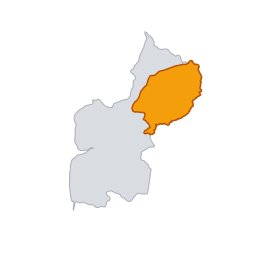 where Upper Takutu-Upper Essequibo sits in Guyana, rotated 230°
{"feature_id": "GUY-674", "entity_name": "Upper Takutu-Upper Essequibo", "entity_type": "Region", "adm_level": 1, "iso_a3": "GUY", "parent_name": "Guyana", "parent_adm1": "", "projection": "albers", "projection_center": [-59.289, 2.847], "detail": "fine", "context": "in_parent", "style": "filled", "palette": "amber", "viewbox_px": 256, "rotation_deg": 230, "n_neighbors": 0, "source": "natural_earth", "source_scale": "10m", "svg_char_len": 7526}
<svg xmlns="http://www.w3.org/2000/svg" viewBox="0 0 256 256"><g transform="rotate(230 128 128)"><path d="M81.7,119.3L76.3,113.3L70.9,107.2L65.5,101.2L65.2,100.4L67.4,97.6L69.4,95.5L71.1,94.4L71.9,93.3L71.3,89.0L71.3,87.4L70.6,85.7L70.0,83.8L70.7,82.2L71.5,81.1L72.5,80.6L75.0,80.2L76.8,80.1L77.4,79.4L78.4,78.7L79.8,78.7L82.4,79.2L83.6,78.2L85.8,76.9L90.7,74.7L91.7,73.2L92.5,70.9L92.4,69.8L91.9,69.4L90.7,69.0L88.9,69.0L87.4,69.6L85.9,69.3L84.6,67.9L84.5,66.7L85.3,65.0L84.8,64.0L82.4,60.5L82.4,59.5L84.2,58.0L85.2,56.7L86.6,53.5L87.6,52.5L91.0,52.1L91.9,51.4L93.6,49.7L96.2,47.8L99.9,46.3L101.0,43.6L101.6,42.8L104.6,41.3L105.1,40.6L105.0,39.9L100.3,33.7L101.3,34.1L104.9,38.1L107.0,39.0L107.4,39.0L107.4,38.0L109.3,38.4L114.1,41.2L121.1,45.8L131.1,54.5L133.9,57.8L135.8,59.3L138.7,63.1L139.6,64.9L139.5,72.3L136.9,77.3L136.3,81.0L136.1,86.0L134.6,88.9L136.6,87.3L137.2,82.8L139.0,80.1L141.2,77.1L144.2,76.3L147.4,77.6L149.9,77.8L152.2,78.7L157.1,83.5L161.8,87.3L163.5,90.3L168.6,91.9L171.5,94.3L172.5,96.3L173.1,101.8L172.1,110.0L172.4,110.4L171.0,112.0L170.8,113.0L169.9,114.9L169.2,115.9L170.2,118.1L171.4,118.2L171.8,118.5L172.1,119.0L172.0,119.4L171.6,119.9L170.5,120.4L169.5,121.7L169.6,123.2L168.9,123.9L166.9,124.3L162.8,124.4L160.8,124.5L159.2,124.7L158.2,125.6L156.8,126.3L155.8,126.5L154.9,127.5L154.0,129.1L154.3,130.1L155.2,131.5L155.8,133.0L155.0,135.3L154.2,137.1L153.8,138.5L153.1,141.2L151.6,144.1L150.5,145.7L150.5,147.5L151.0,150.1L154.2,153.8L155.3,155.6L156.2,158.4L159.0,160.7L160.8,162.5L160.7,164.9L160.9,165.6L162.1,166.3L163.4,166.7L164.9,166.7L166.3,166.5L166.6,166.1L169.7,166.1L170.1,166.7L170.2,170.1L170.4,171.5L171.1,172.1L171.6,173.0L171.6,173.7L171.7,175.7L172.2,176.7L172.1,178.8L172.5,179.5L173.3,180.0L174.4,181.5L174.8,181.7L175.0,182.2L176.0,184.3L176.4,185.0L176.8,185.0L176.9,185.8L177.6,187.7L178.1,188.2L178.9,189.7L179.3,191.3L180.4,193.0L181.6,194.3L182.2,195.6L183.7,198.4L185.1,200.4L187.1,201.0L188.8,201.2L189.8,202.0L190.8,202.9L189.7,203.2L188.7,203.8L187.4,203.4L185.5,203.6L183.5,204.1L181.7,204.4L178.3,203.5L177.3,203.4L176.6,203.0L175.2,201.3L174.5,201.0L172.7,201.9L170.5,202.5L169.4,202.3L168.2,202.9L167.0,203.8L164.7,207.2L163.6,208.4L162.3,209.0L159.8,209.0L157.2,209.1L155.2,210.0L153.3,210.4L152.4,210.5L152.1,212.4L151.6,213.2L151.0,213.7L149.6,213.9L148.3,213.8L147.5,213.0L146.0,212.6L144.7,212.4L143.9,211.9L143.2,212.0L142.6,212.8L142.2,213.5L141.8,214.7L139.8,215.1L139.0,215.8L139.5,218.2L139.2,219.1L138.8,219.8L136.4,219.9L134.4,219.9L133.2,220.8L131.7,221.8L130.9,221.9L129.8,221.9L128.4,220.7L127.1,219.3L123.7,218.3L120.4,217.5L118.2,215.2L117.6,214.1L116.6,213.6L114.0,210.9L112.6,209.1L111.0,208.7L109.2,208.0L109.3,206.7L109.1,205.5L108.4,205.0L107.3,204.7L106.9,204.0L107.0,202.4L107.2,198.3L106.9,194.4L104.5,193.1L103.5,192.1L101.7,186.4L100.8,183.7L100.8,181.8L101.4,176.0L102.1,173.5L103.9,168.5L105.0,166.8L105.1,165.6L105.0,163.9L104.4,160.7L107.5,158.7L108.9,157.8L109.1,156.5L110.8,154.8L111.5,153.1L112.2,151.9L112.0,151.2L111.3,150.8L110.4,149.6L108.6,146.0L107.9,145.3L107.4,144.3L107.7,142.8L108.4,141.1L108.3,140.4L107.2,139.5L105.0,137.9L103.1,137.8L101.7,137.3L99.5,137.2L97.9,137.0L96.9,136.5L97.1,135.5L97.5,134.8L98.9,133.0L99.9,131.1L100.0,129.3L100.3,126.9L100.7,124.8L100.9,122.4L98.7,120.8L98.0,119.5L97.1,118.4L96.1,118.4L94.5,117.9L92.1,119.4L90.3,119.1L89.0,119.7L86.0,119.5L84.1,118.8L81.7,119.3Z" fill="#d9dde1" stroke="#a8b0b8" stroke-width="1"/><path d="M111.2,151.0L111.0,150.9L111.0,150.2L110.9,150.1L110.4,149.3L109.5,148.5L109.3,148.1L109.4,147.5L109.7,147.1L109.7,146.7L109.2,146.3L108.1,145.9L107.7,145.6L107.4,144.9L107.3,144.7L107.3,144.4L107.4,144.0L107.5,143.8L107.7,143.5L107.7,143.4L107.7,143.2L107.4,142.9L107.7,142.3L108.5,141.4L108.7,140.8L108.7,140.6L109.0,140.6L109.9,140.7L110.5,140.6L110.9,140.3L111.1,140.2L112.0,138.3L112.2,138.1L112.4,137.8L112.6,137.6L112.8,137.4L113.0,137.3L113.2,137.2L113.8,137.1L114.3,137.3L114.5,137.7L114.7,138.1L115.0,139.0L115.1,139.4L115.1,139.8L114.9,140.1L114.7,140.5L114.6,141.0L114.7,142.1L114.9,143.1L114.9,143.4L114.8,143.6L114.4,144.0L114.2,144.5L114.2,144.8L114.3,145.0L114.6,145.4L114.8,145.5L115.7,146.0L116.1,146.1L116.4,146.2L119.9,146.3L121.4,146.1L121.8,146.1L122.3,146.2L122.5,146.2L122.9,146.0L124.0,145.5L124.2,145.4L124.4,145.4L124.5,145.4L124.9,145.5L125.0,145.6L125.3,146.3L125.4,146.9L125.5,147.2L125.7,147.5L127.4,149.7L127.7,149.9L127.8,150.0L128.2,150.1L129.1,150.2L129.3,150.1L129.6,150.0L130.0,149.7L130.7,148.9L131.2,148.3L134.6,145.3L134.8,145.1L135.3,144.2L135.7,143.8L136.0,143.5L136.6,143.1L137.2,142.9L137.4,142.8L137.8,142.7L138.0,142.7L138.2,142.8L138.6,142.9L139.4,143.2L140.6,143.7L141.0,144.4L142.5,146.6L143.6,150.1L143.6,150.4L143.6,150.7L143.4,151.4L143.4,151.8L143.4,152.2L144.2,155.5L144.4,156.1L144.6,156.5L147.0,160.0L147.9,161.7L148.0,162.1L148.1,162.6L148.1,163.2L148.9,166.7L148.9,167.1L148.8,168.3L148.9,169.0L149.0,169.8L149.3,170.5L152.0,174.4L153.6,178.2L153.7,178.7L153.6,178.9L151.6,181.6L151.2,182.4L151.2,182.6L151.1,182.9L151.1,183.3L151.4,186.6L151.4,187.4L151.3,187.9L151.2,188.4L150.9,189.3L149.1,192.7L145.1,204.1L144.1,205.9L143.1,207.5L141.8,210.5L141.5,210.9L140.4,212.0L139.5,213.3L139.3,213.9L139.1,215.4L139.1,215.5L138.8,215.8L138.9,216.4L139.4,217.4L139.6,217.9L139.6,218.5L139.4,219.0L138.6,220.2L138.4,220.3L138.2,220.1L137.9,219.9L137.7,219.7L137.5,219.8L137.2,220.0L134.4,219.9L134.0,219.9L133.7,220.1L133.0,221.1L132.6,221.6L132.1,221.9L131.5,222.2L131.0,222.3L130.5,222.3L130.1,222.3L129.6,222.0L128.9,221.5L128.7,221.0L128.6,220.4L128.2,219.8L127.7,219.4L127.1,219.1L126.0,218.7L121.7,217.9L120.1,217.4L119.6,217.2L119.3,216.7L118.8,215.5L118.5,215.2L118.1,215.0L118.0,214.5L117.9,214.0L117.6,213.6L117.4,213.6L116.9,213.8L116.5,213.7L116.4,213.6L116.3,213.2L116.2,213.0L116.0,212.9L115.7,212.9L115.4,212.6L114.9,211.7L114.6,211.4L113.8,210.8L113.4,210.2L112.7,209.1L112.1,208.6L111.6,208.5L111.1,208.5L110.7,208.6L110.2,208.7L109.9,208.6L109.6,208.5L109.4,208.3L108.8,207.7L109.2,206.9L109.7,205.9L109.7,205.6L109.2,205.5L108.2,205.1L107.9,205.1L107.4,205.3L107.1,205.3L106.8,205.0L106.7,204.5L106.7,203.9L106.7,203.5L106.8,203.2L107.1,202.7L107.2,202.4L107.2,202.2L107.2,201.5L107.2,201.3L107.4,200.9L107.4,200.7L107.3,200.4L107.0,199.9L107.0,199.5L107.1,199.2L107.4,198.8L107.4,198.5L107.4,198.3L107.2,197.5L107.2,196.6L107.3,195.6L107.3,194.7L106.7,194.1L106.0,194.0L105.8,193.9L105.4,193.8L104.6,193.1L103.6,192.6L103.1,192.2L102.9,191.7L103.2,191.1L103.2,190.8L103.1,190.5L103.1,190.0L103.0,189.7L102.3,188.0L102.2,187.5L102.2,187.2L102.0,186.6L101.9,186.5L101.5,186.3L101.4,186.2L101.6,185.9L101.6,185.7L100.8,184.1L100.7,183.6L100.8,179.5L101.4,177.4L101.4,176.8L101.3,175.3L101.5,174.7L101.7,174.1L102.4,173.0L102.5,172.9L102.9,172.7L102.9,172.4L102.7,172.1L102.7,171.9L102.8,171.9L103.1,171.8L103.2,171.7L102.9,171.3L102.8,171.1L102.8,170.8L102.9,170.6L103.1,170.5L103.3,170.2L103.6,169.1L103.8,168.8L104.4,167.7L104.7,166.8L104.8,166.8L105.1,166.8L105.2,166.6L105.3,166.5L105.1,166.1L105.2,164.7L104.7,164.9L104.8,164.4L105.3,163.4L105.0,162.7L104.6,162.2L104.2,161.6L104.2,160.9L104.8,160.2L106.9,159.4L107.9,158.5L108.5,158.3L108.7,158.1L108.9,157.8L108.9,157.6L108.9,157.3L108.9,157.0L109.1,156.4L109.4,156.1L110.5,155.6L111.0,155.2L111.0,154.9L110.9,154.4L110.9,153.8L111.0,153.3L111.4,152.7L111.9,152.2L112.3,152.1L112.6,152.0L112.7,151.9L112.8,151.7L112.7,151.4L112.5,151.2L112.2,151.1L111.4,151.0L111.2,151.0Z" fill="#f59e0b" stroke="#b45309" stroke-width="1.5"/></g></svg>